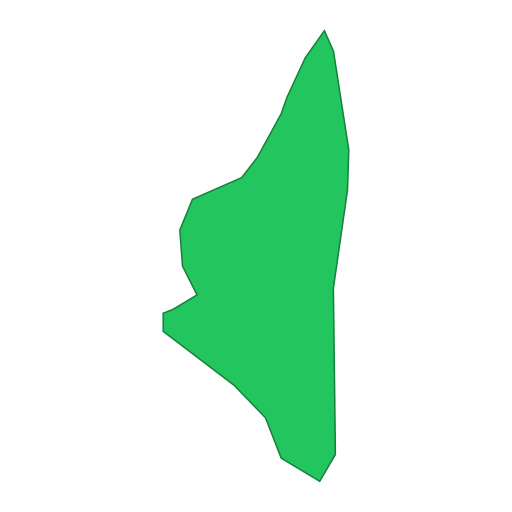 an SVG outline of Eua
{"feature_id": "TON-4949", "entity_name": "Eua", "entity_type": "state/province", "adm_level": 1, "iso_a3": "TON", "parent_name": "Tonga", "parent_adm1": "", "projection": "albers", "projection_center": [-174.943, -21.369], "detail": "fine", "context": "isolated", "style": "filled", "palette": "green", "viewbox_px": 512, "rotation_deg": 0, "n_neighbors": 0, "source": "natural_earth", "source_scale": "10m", "svg_char_len": 403}
<svg xmlns="http://www.w3.org/2000/svg" viewBox="0 0 512 512"><path d="M333.5,51.2L348.8,150.0L347.5,190.1L333.4,288.2L335.4,454.5L319.7,481.3L281.2,458.2L265.5,417.8L234.2,385.4L163.2,331.4L163.2,313.2L172.9,309.4L197.0,294.9L182.5,266.2L179.8,230.1L192.5,199.2L241.7,177.6L257.4,157.3L281.2,113.7L287.0,97.2L305.3,57.7L324.4,30.7L333.5,51.2Z" fill="#22c55e" stroke="#15803d" stroke-width="1.5"/></svg>